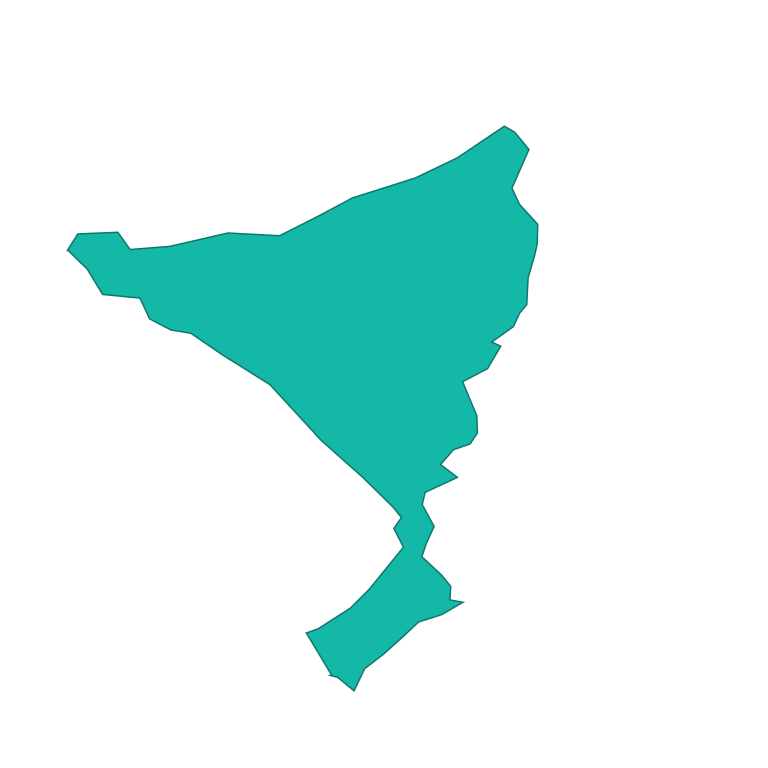 Lempa, Paphos, Cyprus (Equal Earth projection), rotated 245°
{"feature_id": "46923920B20974023634209", "entity_name": "Lempa", "entity_type": "district", "adm_level": 2, "iso_a3": "CYP", "parent_name": "Cyprus", "parent_adm1": "Paphos", "projection": "equal_earth", "projection_center": [32.402, 34.812], "detail": "fine", "context": "isolated", "style": "filled", "palette": "teal", "viewbox_px": 768, "rotation_deg": 245, "n_neighbors": 0, "source": "geoboundaries", "source_scale": "gbopen_adm2", "svg_char_len": 1059}
<svg xmlns="http://www.w3.org/2000/svg" viewBox="0 0 768 768"><g transform="rotate(245 384 384)"><path d="M142.5,212.2L137.7,218.0L118.6,227.2L134.2,246.2L139.1,268.5L146.6,293.3L153.7,314.7L150.6,339.0L152.7,361.7L152.8,363.3L160.4,352.6L172.4,358.9L186.2,355.5L211.5,345.3L221.7,355.1L233.7,369.2L258.6,367.7L268.4,375.5L268.4,399.8L268.4,411.0L287.1,401.2L295.1,419.2L293.3,436.7L300.0,447.9L316.0,454.7L352.9,456.2L354.2,484.4L368.9,505.8L376.5,499.3L381.3,525.5L391.0,537.0L395.6,546.9L419.2,559.4L436.2,574.3L446.2,582.1L463.8,590.8L489.5,582.7L507.4,582.7L535.3,614.5L556.9,608.9L566.8,602.0L562.4,574.0L558.0,546.0L557.5,499.3L566.0,434.0L563.9,395.3L562.5,352.0L586.8,306.4L599.3,247.9L613.2,210.7L634.0,206.9L649.4,169.9L638.8,153.5L638.4,154.2L613.6,163.6L584.1,166.8L565.0,199.1L542.1,199.1L523.0,213.7L511.6,230.4L478.2,250.2L431.5,280.4L359.0,303.4L308.4,325.3L269.3,339.9L255.6,343.4L249.0,331.9L227.9,332.7L204.1,283.6L195.1,258.8L190.0,220.8L191.2,208.4L142.3,213.5L142.5,212.2Z" fill="#14b8a6" stroke="#0f766e" stroke-width="1.5"/></g></svg>